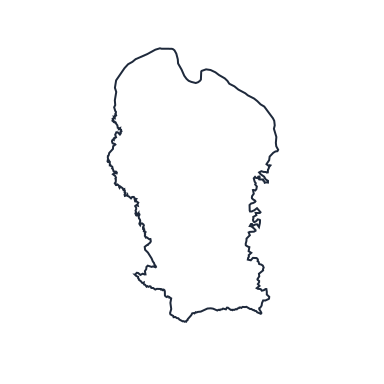 outline of Nong Bua Rawe, Chaiyaphum, Thailand, rotated 36°
{"feature_id": "78962969B25031101148047", "entity_name": "Nong Bua Rawe", "entity_type": "district", "adm_level": 2, "iso_a3": "THA", "parent_name": "Thailand", "parent_adm1": "Chaiyaphum", "projection": "mercator", "projection_center": [101.656, 15.825], "detail": "fine", "context": "isolated", "style": "outline", "palette": "slate", "viewbox_px": 384, "rotation_deg": 36, "n_neighbors": 0, "source": "geoboundaries", "source_scale": "gbopen_adm2", "svg_char_len": 6060}
<svg xmlns="http://www.w3.org/2000/svg" viewBox="0 0 384 384"><g transform="rotate(36 192 192)"><path d="M230.9,102.9L227.9,97.9L221.1,92.7L219.8,89.5L216.7,86.1L214.2,84.8L200.2,80.4L195.9,80.8L191.5,80.1L187.3,79.9L180.3,81.0L177.1,80.8L169.3,81.9L164.2,81.6L158.5,82.5L155.4,81.3L151.7,80.8L145.1,81.5L140.6,81.4L135.3,82.4L131.3,84.5L128.6,88.4L128.7,89.2L133.1,95.8L133.1,97.3L132.4,99.6L131.0,101.6L126.8,103.3L123.9,104.0L121.1,103.7L117.4,102.5L111.6,99.1L105.2,96.2L102.5,93.0L98.0,89.3L94.6,87.7L92.8,87.6L91.5,88.0L83.1,94.0L81.6,94.6L78.7,98.4L74.7,106.8L68.3,117.7L67.3,121.7L65.2,126.2L64.6,131.5L65.0,146.3L68.4,153.0L71.9,155.6L75.7,163.2L78.8,166.8L79.2,169.2L82.2,171.5L83.4,171.9L84.2,173.4L84.1,173.9L85.6,174.6L85.5,175.2L85.2,174.7L84.8,175.3L85.3,175.5L85.1,176.4L85.9,177.4L84.8,177.4L85.4,178.0L84.9,179.2L85.3,179.3L85.1,179.7L85.6,180.1L85.7,180.7L86.0,180.6L86.2,181.1L87.0,180.8L87.0,181.2L87.6,181.4L88.5,181.2L88.6,180.6L89.5,180.6L89.9,181.1L92.5,182.0L94.2,183.7L95.4,183.2L95.8,183.9L96.3,182.7L96.8,183.7L98.0,183.3L98.9,184.2L98.8,184.7L99.3,184.7L99.2,186.1L99.9,186.5L99.9,187.9L96.8,187.4L95.7,188.1L96.2,190.8L98.4,192.4L97.5,193.7L97.9,194.1L97.4,194.7L98.1,195.8L97.3,195.9L97.1,197.1L97.6,198.2L99.2,199.3L101.2,198.5L102.1,198.7L101.3,201.3L102.7,203.6L102.1,209.0L103.1,211.6L102.8,212.3L103.7,213.7L104.9,214.8L106.4,215.4L106.0,216.5L105.5,216.5L105.7,216.9L106.4,217.1L107.9,216.1L109.8,218.7L110.3,218.2L110.9,218.6L112.6,218.4L113.6,219.3L113.6,219.9L114.6,220.0L116.3,221.3L117.7,220.9L118.4,220.2L119.7,220.4L120.1,221.2L118.1,222.3L117.6,224.1L120.5,224.2L122.2,225.2L122.2,226.3L123.1,226.7L124.5,228.9L124.4,230.3L126.4,231.1L126.9,230.7L126.8,229.9L127.2,229.7L129.6,229.9L130.0,230.7L131.0,231.2L130.9,229.7L133.6,229.7L134.8,230.4L135.4,229.6L135.9,230.6L136.6,230.2L137.2,230.7L137.7,231.9L138.8,231.9L138.9,233.7L140.0,234.6L141.2,233.0L141.2,232.1L142.2,233.0L143.9,232.7L146.4,233.0L146.5,231.2L147.8,230.2L149.2,230.9L150.9,230.4L150.5,231.8L151.5,231.8L151.6,232.5L151.1,232.6L151.5,233.0L153.1,232.2L154.8,232.2L155.1,234.0L156.2,234.9L154.7,235.3L154.3,236.8L156.1,237.6L156.9,238.6L157.3,240.3L159.2,241.5L158.7,242.2L158.9,242.8L159.5,243.0L160.1,242.7L160.5,243.7L160.9,243.7L161.3,243.3L161.2,240.7L161.8,241.5L162.1,240.8L162.5,240.9L162.9,241.3L163.1,243.0L164.6,244.5L166.0,244.9L167.2,245.9L168.1,248.7L169.6,249.3L169.2,247.8L169.4,247.2L170.2,246.7L171.9,246.8L172.7,247.3L173.0,248.6L173.6,249.1L173.2,249.5L174.2,250.7L175.1,250.3L175.9,251.7L176.3,251.3L176.9,252.1L178.0,251.8L178.4,253.6L179.3,254.2L179.6,255.2L181.5,256.0L181.9,255.3L185.2,255.3L186.0,254.5L187.0,255.4L187.8,256.4L187.8,258.2L187.2,260.1L187.4,260.9L186.7,261.5L186.0,264.2L188.0,266.3L191.9,266.9L198.4,269.5L201.1,271.2L203.1,271.8L204.4,272.9L205.5,273.0L206.9,273.7L206.8,274.3L204.2,275.1L203.4,276.3L199.5,277.6L199.2,279.4L200.3,281.3L200.4,283.7L202.8,286.0L202.1,286.6L200.2,287.0L199.0,289.4L196.0,289.2L194.8,289.8L194.6,292.1L194.2,292.4L196.3,292.7L198.3,292.3L199.1,293.4L200.1,293.6L200.6,294.2L203.6,294.3L204.7,294.8L205.7,294.6L206.2,293.6L206.8,294.6L207.7,295.0L208.6,294.6L210.9,295.3L211.2,294.4L212.5,294.3L213.3,293.0L214.1,292.8L215.5,293.5L217.0,292.5L219.6,292.5L220.5,291.0L223.8,288.8L224.3,289.1L224.5,288.7L225.8,288.7L225.9,288.0L226.6,288.1L226.8,287.6L227.3,287.6L228.3,288.2L230.9,291.6L231.9,292.0L233.4,291.8L233.7,290.7L235.3,290.3L235.8,290.8L236.3,290.4L237.7,290.3L239.7,294.4L244.0,298.9L245.4,302.8L246.5,303.7L249.7,303.3L250.7,304.1L252.0,302.9L253.9,302.9L255.2,302.2L256.8,302.6L260.5,302.1L261.2,301.4L262.5,301.2L263.0,300.1L263.5,300.1L263.3,298.9L263.7,298.3L263.3,297.3L263.8,292.2L263.5,290.0L264.8,288.7L265.4,288.7L265.7,287.0L266.5,286.8L267.2,285.6L269.4,283.6L273.0,277.2L275.5,275.1L277.6,274.0L282.1,273.0L282.6,271.8L283.9,271.2L283.8,270.7L285.3,269.2L285.6,268.1L288.4,267.0L288.2,265.1L289.0,264.5L291.9,264.6L292.9,264.5L293.5,263.8L294.2,263.8L294.5,263.1L295.6,262.4L296.1,261.2L297.2,260.6L297.3,259.5L298.3,258.2L298.2,257.6L299.1,256.9L300.0,256.8L300.5,255.2L302.6,253.9L303.5,252.9L307.8,252.5L308.6,251.8L310.8,251.6L311.5,251.1L312.3,251.3L314.0,250.6L315.4,251.0L319.2,250.1L319.4,249.5L318.9,248.8L315.2,247.2L314.7,246.5L315.2,245.4L315.1,243.0L313.9,240.7L313.3,237.9L315.1,236.7L316.9,233.5L317.0,233.0L316.1,231.4L312.8,231.0L311.2,228.8L309.2,226.8L308.5,227.3L307.9,229.1L306.5,230.8L304.6,230.2L302.2,231.6L300.9,231.7L301.8,228.3L299.4,227.8L299.4,225.7L298.6,224.5L296.8,224.5L296.2,224.1L296.0,220.7L294.2,218.8L295.6,213.6L294.8,212.8L294.4,211.0L292.5,209.9L290.7,210.0L288.7,210.8L287.0,209.4L285.7,209.4L285.3,208.2L284.5,207.7L283.1,207.5L280.0,209.5L279.7,212.7L276.9,213.9L276.1,212.2L276.1,211.0L275.0,209.7L275.7,206.4L272.6,206.6L270.8,202.9L269.1,203.4L266.9,203.5L265.9,202.4L264.8,199.6L263.5,197.6L264.2,193.0L261.6,191.4L262.2,190.3L265.4,187.7L266.2,186.0L265.7,185.4L262.9,185.0L260.1,184.9L258.8,185.6L258.5,183.3L259.3,182.6L261.2,183.3L262.2,181.2L263.6,179.9L266.8,181.0L265.1,177.1L263.6,174.8L263.2,174.7L261.3,175.5L261.1,177.8L260.3,179.5L259.8,179.8L258.5,179.4L257.6,178.6L257.1,177.1L256.2,176.2L257.7,172.9L255.8,171.5L258.7,169.6L259.3,168.8L259.3,168.1L254.1,166.9L253.2,170.0L251.8,172.6L250.4,173.6L249.6,173.1L246.2,168.7L246.6,166.5L247.8,165.2L248.8,163.2L248.8,162.2L247.8,161.9L246.0,162.1L244.3,161.9L243.6,161.2L243.0,159.9L243.0,157.1L240.2,154.6L240.7,154.1L242.3,153.6L242.4,151.9L241.2,149.4L238.7,148.8L238.4,147.4L236.6,146.8L233.9,144.6L234.1,142.7L235.5,143.0L236.7,142.3L236.6,140.6L237.3,139.9L238.1,140.2L238.4,141.0L238.1,142.0L239.0,142.3L242.2,140.1L242.9,140.9L243.9,140.8L245.4,141.8L246.2,140.7L247.9,139.7L246.9,138.3L244.2,138.5L241.3,137.2L237.1,137.3L234.8,136.7L235.9,134.4L238.1,133.7L240.0,132.4L241.1,132.3L241.8,131.6L240.3,129.2L240.3,128.0L239.7,126.7L239.8,124.4L239.0,124.7L238.1,125.8L235.9,125.7L235.7,120.9L234.0,117.7L234.7,112.5L235.7,110.1L237.1,108.8L236.9,107.2L233.3,105.5L230.9,102.9Z" fill="none" stroke="#1e293b" stroke-width="2"/></g></svg>